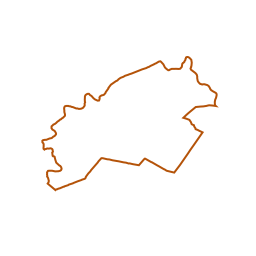 Panzós, Alta Verapaz, Guatemala, rotated 216°
{"feature_id": "79465075B48438720482803", "entity_name": "Panzós", "entity_type": "district", "adm_level": 2, "iso_a3": "GTM", "parent_name": "Guatemala", "parent_adm1": "Alta Verapaz", "projection": "albers", "projection_center": [-89.636, 15.321], "detail": "fine", "context": "isolated", "style": "outline", "palette": "amber", "viewbox_px": 256, "rotation_deg": 216, "n_neighbors": 0, "source": "geoboundaries", "source_scale": "gbopen_adm2", "svg_char_len": 3454}
<svg xmlns="http://www.w3.org/2000/svg" viewBox="0 0 256 256"><g transform="rotate(216 128 128)"><path d="M150.2,35.1L150.1,36.0L149.2,36.9L148.8,37.8L147.6,39.3L145.6,42.7L145.2,43.0L145.0,43.6L142.8,46.6L142.6,47.4L140.0,50.9L139.9,51.3L137.3,55.4L135.0,58.7L134.9,59.1L133.1,61.5L133.0,62.9L133.4,63.7L133.4,68.0L133.0,70.7L133.1,72.2L132.2,82.4L132.3,83.6L131.8,87.9L130.7,88.7L126.4,90.5L124.6,91.6L121.5,92.8L115.9,95.6L111.4,97.6L109.2,98.8L106.5,99.7L105.9,100.3L102.8,101.6L97.3,104.3L96.6,112.3L96.4,113.1L96.1,113.3L89.0,114.1L88.7,114.3L81.7,115.0L81.4,115.1L74.6,115.8L74.2,116.0L71.8,116.1L71.2,116.3L64.4,119.1L64.2,128.7L64.4,137.9L64.5,142.5L64.7,146.9L64.8,154.3L65.0,164.4L65.1,168.3L69.5,167.5L70.5,167.4L71.5,167.1L72.6,166.8L73.4,167.5L74.5,167.8L75.5,168.3L76.3,169.0L77.5,168.7L78.7,168.5L79.6,169.1L80.9,169.9L82.2,170.3L83.1,170.7L86.0,169.9L89.2,168.8L88.5,172.7L87.9,175.5L87.2,178.3L86.5,181.0L85.8,183.7L85.5,184.8L83.6,186.5L81.9,188.0L79.7,189.8L77.4,192.1L76.7,193.0L75.7,194.1L72.9,195.8L71.8,196.4L70.5,197.1L69.9,197.4L70.6,197.5L71.6,198.2L73.1,200.1L74.1,202.2L74.5,204.1L75.4,206.3L75.9,207.1L76.7,207.8L77.7,208.0L80.9,207.6L82.9,207.5L84.1,207.8L85.7,208.7L87.5,209.4L89.2,209.3L91.3,208.5L91.6,208.5L93.1,207.4L93.4,206.9L94.3,206.5L95.1,206.4L95.4,206.1L96.6,206.2L98.5,206.7L99.3,207.1L101.3,209.0L102.3,210.4L103.8,211.6L105.9,212.1L111.2,212.2L112.0,212.6L112.4,212.9L112.7,214.4L113.1,214.9L113.1,215.4L114.8,218.3L116.9,220.4L119.7,220.9L121.1,220.7L121.8,220.3L122.3,219.7L122.5,219.1L122.1,218.3L122.1,217.6L121.6,216.9L121.5,214.9L121.3,214.6L121.5,213.3L121.8,212.8L121.8,211.8L120.4,209.1L120.5,208.0L120.6,206.7L121.5,205.7L123.8,204.2L127.4,201.5L128.4,199.9L128.7,199.0L129.4,198.4L131.5,198.4L133.7,198.7L136.8,200.3L140.3,201.0L141.0,201.0L142.1,199.8L143.4,196.7L144.3,195.3L144.3,195.0L146.2,191.6L147.1,189.5L147.8,188.7L148.4,187.3L151.0,183.8L157.2,174.0L158.7,172.0L158.9,171.5L161.1,168.5L161.8,166.8L163.5,164.2L164.3,161.9L164.5,160.2L165.3,158.8L167.3,153.0L167.4,148.9L167.1,148.5L167.1,143.9L166.8,143.0L167.0,140.8L167.7,139.7L168.5,138.9L169.1,137.5L169.1,136.0L168.2,135.1L167.8,134.1L167.6,133.2L168.6,132.3L171.5,131.7L173.4,131.8L176.5,132.5L177.9,132.3L179.6,132.7L180.3,132.3L181.0,131.6L181.7,129.9L181.5,128.4L179.4,125.2L178.8,124.6L178.7,124.3L177.8,123.6L177.5,122.3L176.5,121.1L176.2,120.5L176.2,118.2L176.5,117.3L177.4,115.9L178.9,114.6L180.6,114.0L181.3,113.4L184.9,112.5L186.1,111.9L187.3,111.7L188.4,111.0L189.2,110.8L191.1,109.4L191.8,108.4L191.7,107.3L191.2,106.3L189.4,104.3L189.0,103.6L187.1,102.1L186.4,101.2L186.2,100.6L186.7,97.8L187.2,96.8L187.3,95.8L187.9,94.8L188.3,92.9L188.8,91.8L189.1,89.8L189.6,88.2L190.4,86.9L190.4,86.4L190.8,84.4L189.8,82.9L188.2,82.3L186.0,82.5L185.2,82.4L183.3,81.5L182.7,80.9L182.5,80.4L182.7,78.2L183.3,77.3L183.8,75.0L185.3,73.4L187.1,70.5L188.2,69.7L189.6,68.2L189.8,67.4L188.8,66.1L187.4,65.8L186.7,65.3L185.4,63.5L184.6,62.1L184.0,61.5L182.9,61.4L182.7,62.2L182.0,62.8L181.4,63.9L179.9,64.8L178.8,66.0L178.1,66.3L177.0,66.4L176.4,66.2L174.8,64.7L174.9,63.6L172.6,61.2L172.0,61.1L171.4,61.5L170.5,61.6L168.4,59.8L165.7,57.8L161.5,57.3L160.5,57.5L159.0,57.0L157.7,55.9L157.4,54.6L157.7,53.6L158.9,52.1L161.4,50.1L164.3,48.8L166.7,47.1L167.5,46.3L167.4,44.5L166.4,43.3L166.3,42.9L165.0,41.7L164.9,41.2L163.3,40.6L161.0,38.7L160.4,37.5L160.3,35.8L154.2,35.4L150.2,35.1Z" fill="none" stroke="#b45309" stroke-width="2"/></g></svg>